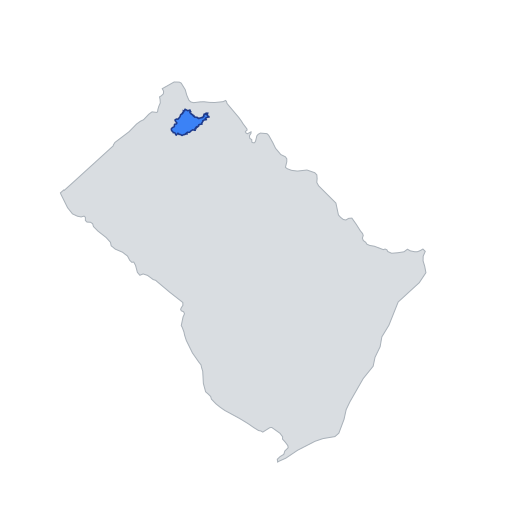 East Mamprusi, Northern, Ghana (highlighted), rotated 318°
{"feature_id": "2480657B84792930556748", "entity_name": "East Mamprusi", "entity_type": "district", "adm_level": 2, "iso_a3": "GHA", "parent_name": "Ghana", "parent_adm1": "Northern", "projection": "orthographic", "projection_center": [-0.286, 10.453], "detail": "fine", "context": "in_parent", "style": "filled", "palette": "blue", "viewbox_px": 512, "rotation_deg": 318, "n_neighbors": 0, "source": "geoboundaries", "source_scale": "gbopen_adm2", "svg_char_len": 7172}
<svg xmlns="http://www.w3.org/2000/svg" viewBox="0 0 512 512"><g transform="rotate(318 256 256)"><path d="M311.6,71.9L315.3,75.4L316.1,77.4L314.7,85.0L312.1,90.3L310.4,95.3L310.6,97.8L312.2,100.3L317.8,104.2L320.7,106.7L324.1,110.6L328.0,114.3L334.7,119.2L337.5,120.1L337.4,121.5L336.5,123.3L335.9,141.6L335.4,146.3L334.9,148.7L334.3,155.5L333.6,156.5L332.3,156.4L331.2,156.6L330.9,158.0L331.4,159.4L335.4,160.4L334.5,161.4L331.5,162.3L330.1,164.4L330.7,166.7L329.1,168.6L329.6,169.9L330.6,170.8L332.3,170.5L337.0,167.3L339.0,167.0L341.5,167.6L346.0,172.4L346.2,174.7L344.4,182.8L342.6,189.0L342.3,197.2L344.2,201.9L343.9,204.4L341.9,206.6L337.2,209.8L337.6,212.0L339.7,216.1L343.6,220.6L351.4,226.2L355.4,233.4L355.5,236.4L353.2,239.4L350.4,242.0L349.5,245.7L350.8,270.1L344.7,280.7L344.7,283.8L345.3,287.3L346.9,289.4L350.0,290.0L352.6,292.0L351.7,299.5L350.4,307.1L350.2,310.7L349.4,312.5L347.0,313.9L346.1,316.3L346.7,319.2L346.3,321.4L347.6,324.3L350.4,327.8L354.9,336.5L356.6,337.2L357.4,339.0L356.9,340.8L358.6,344.7L363.6,348.5L368.8,351.9L373.1,352.3L374.1,355.4L376.9,359.2L378.9,360.9L382.1,362.0L384.7,362.5L384.9,365.8L380.1,368.0L376.9,371.4L374.5,376.5L371.1,382.1L359.4,385.1L354.9,385.1L330.9,385.3L308.4,396.4L295.4,400.3L287.5,406.5L276.7,410.9L269.3,416.3L253.7,418.8L228.2,427.2L220.2,430.5L212.1,436.3L199.0,443.1L193.8,443.0L183.6,436.5L175.9,433.2L157.0,428.2L142.9,426.2L136.1,424.0L134.2,423.6L135.8,421.3L139.8,421.2L143.9,422.0L147.0,420.2L151.6,420.0L152.8,418.2L153.2,413.6L153.2,409.8L154.8,408.2L155.2,403.8L153.0,394.0L151.4,392.8L143.2,391.4L142.6,389.4L141.1,387.4L139.6,382.3L137.8,374.8L135.0,365.5L129.5,350.1L128.2,344.6L127.3,339.1L127.1,332.5L128.3,330.1L128.1,326.6L127.7,323.2L131.6,315.5L139.3,306.0L140.9,302.5L142.3,300.1L142.5,296.7L143.9,285.5L147.7,272.1L150.0,267.0L151.6,264.3L153.4,259.8L153.9,257.7L161.0,252.5L164.2,251.1L164.9,249.0L163.8,246.7L164.3,245.2L166.0,244.4L168.6,243.8L170.5,241.6L167.6,225.0L165.3,208.4L165.2,207.0L163.8,204.7L162.4,197.8L160.1,193.8L156.8,192.6L156.9,188.8L160.2,182.4L161.1,178.7L159.5,177.6L159.3,174.7L160.5,170.0L159.9,167.1L159.4,164.0L156.0,156.7L155.2,151.5L157.0,148.5L157.0,142.0L155.2,131.8L154.9,125.4L156.2,122.7L155.6,120.2L153.1,117.7L153.0,115.4L155.1,113.1L154.9,111.3L152.2,110.0L149.9,106.9L147.8,101.9L148.3,94.0L152.4,79.4L152.9,78.2L157.4,78.3L157.4,78.9L171.3,78.9L187.3,78.8L206.3,78.7L223.6,78.6L224.4,78.0L227.2,77.2L244.7,78.7L255.6,78.0L260.3,78.5L263.6,79.5L271.2,78.9L275.2,79.3L278.3,82.9L279.5,82.9L281.2,81.4L284.2,79.6L287.3,78.2L289.5,75.4L290.8,73.2L292.8,73.6L295.7,73.5L297.6,71.7L298.3,68.9L311.6,71.9Z" fill="#d9dde1" stroke="#a8b0b8" stroke-width="1"/><path d="M315.1,118.0L315.2,117.8L315.4,117.6L315.3,117.4L315.2,117.4L315.3,117.4L315.2,117.3L315.2,117.2L315.2,116.9L314.8,116.8L314.7,116.8L314.4,116.9L314.3,116.6L314.0,116.8L314.0,116.7L313.9,116.6L313.6,116.4L313.4,116.4L313.2,116.4L313.1,116.5L313.0,116.3L312.8,116.3L312.8,116.2L312.6,116.0L312.3,115.9L312.2,116.1L311.9,116.3L311.7,116.3L311.5,116.5L311.5,116.4L311.2,116.5L310.8,116.8L310.8,117.0L310.5,117.3L310.3,117.3L310.2,117.2L309.9,117.3L309.7,117.3L309.8,117.2L308.9,117.0L308.3,116.7L307.9,116.7L307.7,116.5L307.3,116.4L307.1,116.3L307.0,116.1L306.8,116.0L306.7,116.0L306.4,115.9L306.2,115.7L306.0,115.8L305.9,115.6L305.7,115.4L305.6,115.2L305.4,115.2L305.3,115.3L305.2,115.3L305.1,114.9L305.2,114.6L305.2,114.3L305.0,114.1L305.1,113.8L304.9,113.5L304.9,113.3L304.6,113.2L304.3,113.0L304.2,112.7L304.0,112.3L303.7,112.1L303.6,111.9L303.3,111.7L303.3,111.3L303.4,111.1L303.4,110.9L303.3,110.5L303.1,110.3L303.1,110.1L303.2,109.7L303.3,109.7L303.2,109.6L303.4,109.0L303.2,109.0L303.2,108.8L303.3,108.6L303.3,108.4L303.3,108.2L303.2,108.0L303.2,107.8L302.9,107.7L302.8,107.0L303.0,106.8L302.9,106.6L303.0,106.5L302.9,106.4L302.9,105.9L302.8,105.5L302.8,105.4L303.0,105.1L303.0,104.9L303.3,104.7L303.5,104.7L303.7,104.4L303.9,104.4L304.0,104.5L304.0,104.3L304.2,104.2L304.4,103.9L304.5,103.7L304.6,103.4L304.3,103.1L304.0,103.0L303.8,103.0L303.6,102.9L303.3,102.9L303.1,102.7L302.9,102.4L302.5,102.3L302.5,102.2L302.3,102.0L302.2,101.5L301.5,99.5L301.1,99.6L300.6,99.9L300.6,100.0L300.3,100.2L300.2,100.1L300.0,99.9L299.9,99.8L299.7,99.9L299.4,99.8L299.3,100.0L299.2,100.1L299.1,99.8L299.0,100.0L298.9,99.9L298.6,100.0L298.4,100.2L298.1,100.4L297.8,100.5L297.7,100.7L297.6,100.8L297.4,100.7L297.2,100.7L297.1,100.8L296.9,100.8L296.9,100.6L296.7,100.7L296.3,100.7L296.3,100.8L296.1,100.9L295.6,101.0L295.3,100.7L295.1,100.6L294.9,100.6L294.5,100.6L294.0,100.8L293.5,101.3L292.8,101.6L291.6,101.9L290.5,101.9L290.0,102.1L289.9,102.0L289.5,102.0L289.4,101.8L289.0,101.6L288.7,101.1L288.4,101.0L288.1,101.0L287.8,100.8L287.2,100.7L286.9,100.7L286.7,100.9L286.7,101.0L286.4,101.7L286.5,102.0L286.3,102.6L286.3,103.4L286.3,103.7L286.3,104.0L285.9,104.4L285.3,104.6L284.4,104.1L284.0,103.8L283.7,103.7L283.3,103.8L282.9,104.2L282.6,104.4L282.2,105.0L281.7,105.1L281.4,105.2L281.1,105.1L280.9,105.0L280.7,104.9L280.3,104.8L280.1,104.7L279.9,104.7L279.3,104.8L279.1,104.7L278.7,104.7L278.3,104.8L277.9,105.1L277.6,105.6L277.3,106.2L277.1,106.4L277.4,107.8L277.0,109.0L277.9,109.7L278.1,110.3L278.0,110.8L277.8,111.2L277.7,111.7L277.7,111.8L277.7,112.2L277.5,112.5L277.6,112.8L279.1,112.7L280.0,112.5L280.2,112.8L280.2,113.0L280.3,113.1L280.1,113.6L280.1,114.1L280.3,114.2L280.3,114.3L280.5,114.4L280.7,114.5L281.1,115.3L281.3,115.4L281.3,115.6L281.5,116.2L281.5,116.4L281.5,116.5L281.6,116.8L281.8,117.0L282.4,117.1L282.8,117.2L283.1,117.4L283.4,117.4L283.8,117.5L284.0,117.8L284.1,118.0L284.4,118.0L284.7,118.2L285.0,118.2L285.3,118.1L285.5,118.0L285.6,118.4L285.8,118.4L286.1,118.5L286.2,119.0L286.4,119.2L286.5,119.1L286.4,118.9L286.5,118.6L286.8,118.3L287.1,118.1L287.3,118.2L287.3,118.3L287.5,118.3L287.5,118.2L287.8,118.1L288.5,118.9L289.3,119.6L289.9,119.6L290.2,119.7L290.9,119.5L292.8,119.8L293.3,119.8L293.8,120.3L294.2,121.1L294.6,121.5L294.7,121.8L294.9,121.9L295.0,121.8L295.0,121.6L295.1,121.4L295.1,121.2L295.3,121.1L295.8,121.0L296.1,120.8L296.3,120.7L296.4,120.8L296.4,120.7L296.6,120.5L297.0,120.6L296.9,120.5L297.1,120.5L297.1,120.4L297.3,120.3L297.4,120.2L297.7,120.2L298.5,120.2L299.2,120.7L299.6,120.8L299.9,120.9L300.0,120.9L300.0,121.0L300.3,121.0L300.3,120.9L300.5,120.9L300.7,120.7L300.8,120.5L301.3,120.5L301.4,120.3L301.6,120.4L301.8,120.4L302.1,120.5L302.4,120.7L302.5,120.8L303.1,121.2L303.6,121.4L303.9,121.7L304.0,121.5L304.0,121.4L304.1,121.2L304.3,121.1L304.6,120.9L304.7,121.0L304.8,121.0L304.9,120.9L305.0,120.9L305.3,121.0L305.4,120.9L305.5,120.8L305.8,120.7L306.0,120.7L306.0,120.8L306.0,120.6L306.3,120.5L306.4,120.4L306.5,120.4L306.5,120.2L306.8,120.0L307.0,119.9L307.1,120.0L307.4,120.0L307.5,120.1L307.8,120.1L308.1,120.1L308.3,120.2L308.4,120.3L308.8,120.4L309.5,120.9L309.8,121.1L310.0,121.3L310.3,121.4L310.6,120.3L310.5,119.9L311.4,119.9L313.1,120.6L314.1,121.3L314.2,121.2L314.1,120.9L314.0,120.6L313.9,120.6L313.8,120.3L314.0,120.2L313.9,120.1L313.9,119.7L314.0,119.4L313.9,119.2L314.1,118.8L314.0,118.7L314.1,118.4L314.3,118.3L314.4,118.2L314.5,118.0L314.8,117.9L315.1,118.0Z" fill="#3b82f6" stroke="#1e3a8a" stroke-width="1.5"/></g></svg>